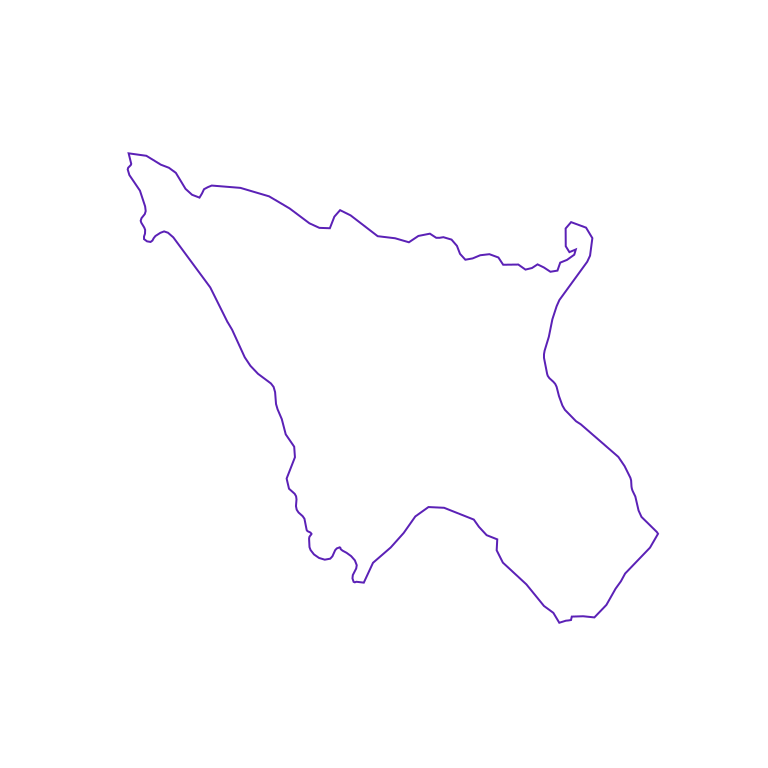 Khammouan, orthographic projection, rotated 193°
{"feature_id": "LAO-3293", "entity_name": "Khammouan", "entity_type": "Province", "adm_level": 1, "iso_a3": "LAO", "parent_name": "Laos", "parent_adm1": "", "projection": "orthographic", "projection_center": [105.341, 17.58], "detail": "fine", "context": "isolated", "style": "outline", "palette": "violet", "viewbox_px": 768, "rotation_deg": 193, "n_neighbors": 0, "source": "natural_earth", "source_scale": "10m", "svg_char_len": 2563}
<svg xmlns="http://www.w3.org/2000/svg" viewBox="0 0 768 768"><g transform="rotate(193 384 384)"><path d="M213.8,573.0L212.1,555.4L213.5,548.8L232.0,505.3L233.3,498.6L234.5,484.9L234.0,467.1L235.0,452.6L234.8,449.0L234.0,445.5L227.3,430.5L226.3,428.8L224.2,426.9L219.4,424.2L217.2,422.6L215.2,420.1L210.8,411.6L205.3,403.1L201.9,399.5L188.5,390.9L183.2,389.0L139.3,365.7L131.1,358.1L122.8,348.0L121.5,345.6L119.8,339.8L119.0,337.9L117.9,336.0L113.8,330.9L107.5,318.0L103.2,312.4L84.9,301.2L83.3,299.7L88.0,284.4L106.4,253.6L108.8,245.0L112.3,236.7L117.6,218.8L126.5,203.9L137.7,202.5L148.7,199.6L148.7,196.1L151.1,195.1L153.5,194.3L159.5,190.8L167.5,199.1L178.2,203.7L200.2,220.8L228.0,236.7L236.8,247.3L238.7,258.1L250.0,259.8L259.4,266.2L266.0,272.1L297.6,276.9L313.0,274.1L323.7,262.0L331.3,243.3L340.7,226.2L354.5,207.3L359.0,185.9L366.4,185.1L367.8,184.2L369.1,184.4L371.0,187.5L371.4,190.8L369.6,198.0L369.8,201.3L372.7,205.6L377.3,208.9L382.5,211.1L386.9,212.3L389.0,213.3L389.7,214.6L390.4,214.9L393.0,213.2L394.2,211.1L395.5,204.5L397.1,201.7L402.2,199.5L408.2,199.9L413.9,202.2L418.2,205.7L419.9,208.3L422.2,216.4L422.3,218.2L421.7,219.8L421.1,220.9L420.9,221.6L422.2,222.7L425.4,223.4L426.5,224.3L431.2,234.8L433.5,236.9L438.4,239.6L440.8,241.9L442.3,245.2L443.3,251.9L444.4,254.8L446.3,256.9L453.0,260.6L456.9,268.5L457.6,270.0L454.3,292.6L457.4,302.7L468.4,312.8L475.7,326.8L482.0,335.4L484.7,340.2L488.3,351.6L490.9,356.3L494.3,359.1L509.1,365.6L518.3,371.7L525.7,378.7L544.2,402.7L550.2,409.0L550.3,409.0L575.0,439.0L622.3,479.5L628.5,482.8L632.6,483.2L635.9,481.0L640.0,476.8L641.2,474.3L641.9,471.7L643.4,469.9L647.0,469.7L650.4,471.2L651.0,473.7L650.7,476.8L651.4,480.4L652.8,482.5L656.8,486.6L657.8,488.3L657.6,491.0L655.3,495.8L655.1,498.9L656.7,503.3L665.3,517.5L679.1,530.3L682.0,535.4L681.9,537.2L680.0,540.3L679.8,541.6L684.7,551.3L666.9,552.9L650.8,547.5L642.2,546.3L634.3,542.9L621.3,529.5L613.6,525.2L605.7,524.1L604.2,528.7L603.2,533.3L600.0,536.1L596.5,538.6L568.0,542.8L538.2,541.0L515.4,533.8L492.8,523.8L482.1,521.6L471.8,523.6L470.0,535.9L465.9,543.5L454.5,540.8L423.4,526.6L406.0,528.5L391.6,527.7L383.8,536.0L373.1,540.8L366.0,538.2L362.6,539.0L359.2,540.4L350.7,539.9L344.0,535.0L339.2,527.9L332.7,523.4L325.9,526.3L319.2,531.1L310.5,534.2L301.0,533.0L294.7,527.0L280.0,530.6L271.9,527.3L265.9,530.3L261.3,535.1L254.4,533.5L247.1,530.8L240.5,533.5L239.6,541.9L233.6,546.1L227.7,552.8L227.4,558.2L233.0,554.2L237.9,559.1L242.0,576.4L238.1,583.8L222.3,581.8L213.8,573.0Z" fill="none" stroke="#5b21b6" stroke-width="2"/></g></svg>